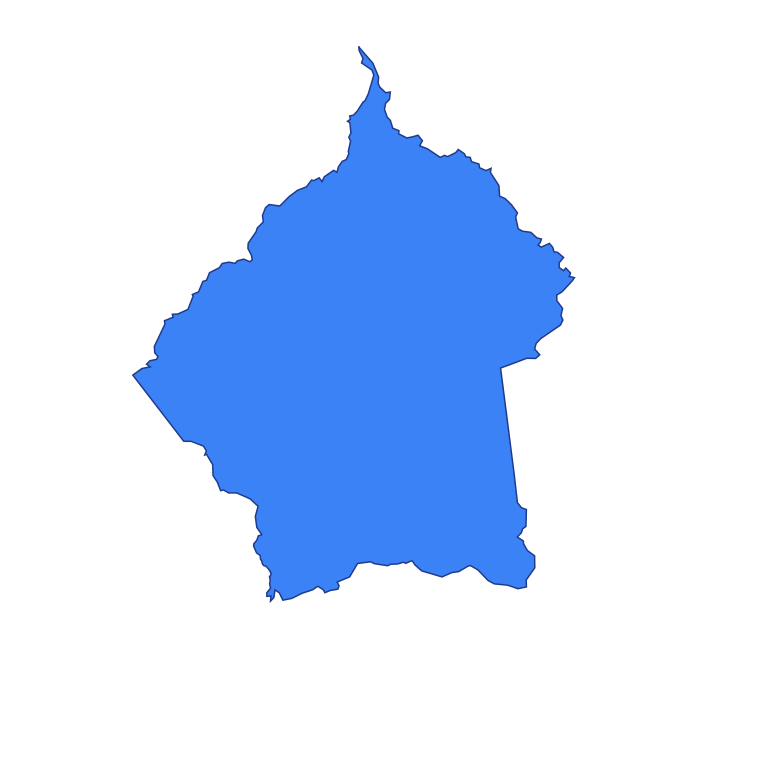 outline of Coamo, Puerto Rico, rotated 41°
{"feature_id": "32010507B26629522791293", "entity_name": "Coamo", "entity_type": "district", "adm_level": 2, "iso_a3": "PRI", "parent_name": "Puerto Rico", "parent_adm1": "", "projection": "robinson", "projection_center": [-66.366, 18.096], "detail": "fine", "context": "isolated", "style": "filled", "palette": "blue", "viewbox_px": 768, "rotation_deg": 41, "n_neighbors": 0, "source": "geoboundaries", "source_scale": "gbopen_adm2", "svg_char_len": 3122}
<svg xmlns="http://www.w3.org/2000/svg" viewBox="0 0 768 768"><g transform="rotate(41 384 384)"><path d="M325.5,154.5L323.3,151.0L321.0,156.0L314.3,158.1L311.3,155.7L304.1,158.8L300.4,156.4L296.8,158.8L293.5,157.5L286.2,158.3L286.3,162.4L282.8,170.7L279.6,171.8L277.8,176.1L268.6,177.2L262.5,178.0L254.6,180.8L253.4,175.2L246.5,173.9L243.3,178.8L239.9,183.3L230.9,185.6L229.1,183.0L222.8,185.2L215.9,180.9L211.3,180.5L204.2,176.4L201.1,171.2L201.5,165.7L197.2,159.5L194.1,163.1L186.0,162.7L182.3,160.9L178.6,155.9L165.2,149.2L145.3,146.4L143.4,145.7L146.4,148.6L154.6,152.1L156.4,156.4L169.1,155.0L173.7,157.6L181.8,175.3L183.9,183.0L183.2,184.8L184.8,195.6L184.6,201.0L182.3,204.2L185.0,206.4L184.1,209.6L186.8,209.2L194.3,216.2L195.6,220.9L199.4,222.6L204.5,231.9L206.3,233.3L208.3,239.4L206.4,243.3L207.1,250.0L209.6,255.0L205.8,255.8L203.0,266.7L204.4,271.9L199.8,270.9L197.6,276.6L195.5,277.6L196.1,286.1L191.7,294.4L189.5,304.4L188.6,318.0L179.6,323.9L178.9,328.6L181.7,336.5L186.6,340.9L186.0,349.4L187.6,353.1L189.1,366.8L192.4,371.0L199.5,373.8L203.0,376.6L202.6,379.7L196.2,381.8L192.5,387.3L192.5,390.6L187.0,393.8L182.8,399.2L183.5,404.1L179.3,414.5L182.0,422.1L180.0,425.5L183.6,436.1L180.6,442.2L182.3,442.9L187.1,456.3L182.5,466.4L178.5,470.3L181.1,471.9L176.8,480.3L179.4,482.5L186.0,506.3L190.5,510.8L195.4,511.6L196.2,514.6L192.1,520.0L191.8,524.9L196.3,524.4L191.1,531.2L188.6,542.1L270.4,558.6L276.1,553.8L288.5,549.3L293.8,551.0L295.3,555.2L296.3,553.5L307.7,557.3L315.1,565.3L322.6,567.4L330.7,571.7L332.3,569.3L338.3,568.1L344.2,562.9L358.3,558.5L369.2,558.9L373.8,568.4L382.1,575.7L390.4,577.8L390.6,578.2L388.8,580.9L390.5,585.4L390.6,590.1L392.0,591.9L398.7,595.1L403.2,594.7L405.6,597.2L407.9,597.8L410.0,599.4L412.3,600.0L414.3,599.0L418.4,599.4L422.7,600.8L424.3,603.3L423.8,604.3L427.1,607.0L428.7,609.8L432.3,612.5L432.5,618.4L434.9,621.1L437.8,618.2L440.8,622.3L441.0,617.4L436.8,610.9L442.0,610.3L449.5,613.5L455.0,606.4L459.5,595.6L465.2,586.1L466.7,580.1L473.0,579.1L476.3,580.3L478.9,575.1L483.8,569.1L482.4,565.7L478.6,564.2L484.6,552.1L481.8,536.8L490.5,527.0L494.6,525.9L506.0,518.7L507.3,515.6L512.6,510.6L515.4,505.9L518.1,505.0L520.6,499.7L521.7,499.0L526.1,500.2L535.1,500.3L554.4,491.5L558.8,482.0L563.5,476.5L566.9,466.3L568.4,464.3L576.7,462.7L591.5,464.0L598.3,462.5L609.3,454.7L619.4,450.6L624.6,443.7L619.9,438.6L618.4,423.8L610.4,414.9L601.4,415.6L594.1,413.0L592.1,411.0L585.0,412.1L585.3,406.2L583.6,402.3L584.6,398.4L573.8,385.3L569.0,387.2L562.5,386.0L540.8,366.1L528.3,355.0L487.6,318.7L461.5,295.5L468.9,282.0L474.8,271.0L481.7,265.2L482.4,259.8L474.8,258.8L472.2,253.6L472.5,246.8L478.5,223.7L477.1,218.4L472.7,216.3L469.2,209.8L459.9,207.8L456.0,203.6L457.9,197.6L458.4,182.5L457.9,178.8L453.2,181.3L452.0,177.9L445.1,177.2L445.2,180.6L439.8,181.2L436.7,177.6L436.5,170.7L428.5,170.8L425.6,172.7L421.5,170.1L416.6,169.4L412.9,177.5L409.1,178.1L409.1,174.7L407.7,171.3L403.5,173.4L395.3,173.2L388.3,177.8L383.4,178.8L373.9,171.7L372.4,167.3L362.6,165.1L353.8,164.6L348.0,166.4L340.6,158.9L325.5,154.5Z" fill="#3b82f6" stroke="#1e3a8a" stroke-width="1.5"/></g></svg>